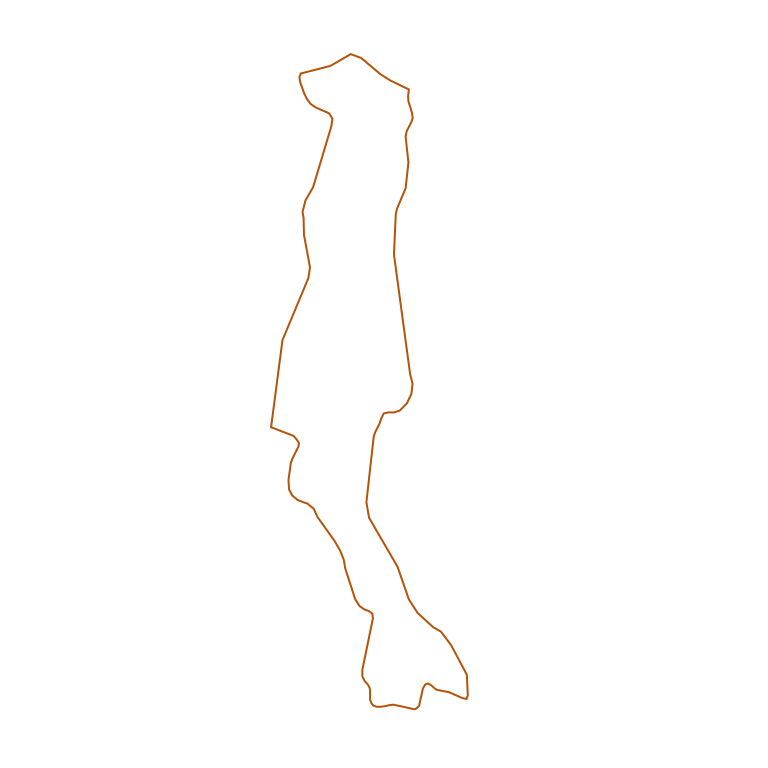 Tipaza, Equal Earth projection, rotated 100°
{"feature_id": "DZA-2198", "entity_name": "Tipaza", "entity_type": "Province", "adm_level": 1, "iso_a3": "DZA", "parent_name": "Algeria", "parent_adm1": "", "projection": "equal_earth", "projection_center": [2.473, 36.591], "detail": "fine", "context": "isolated", "style": "outline", "palette": "amber", "viewbox_px": 768, "rotation_deg": 100, "n_neighbors": 0, "source": "natural_earth", "source_scale": "10m", "svg_char_len": 1548}
<svg xmlns="http://www.w3.org/2000/svg" viewBox="0 0 768 768"><g transform="rotate(100 384 384)"><path d="M89.6,410.7L96.8,410.2L101.5,409.0L112.3,403.4L117.4,401.9L121.4,402.6L131.3,405.6L136.5,405.7L161.7,398.4L187.6,396.7L209.0,401.6L214.7,401.9L254.7,396.7L369.7,360.0L378.8,355.9L388.9,355.3L398.9,358.0L407.4,363.8L410.3,369.3L411.2,374.8L413.0,379.1L418.5,380.8L423.5,381.4L432.9,384.3L437.4,385.0L503.5,380.8L518.3,375.5L561.7,338.9L591.8,322.1L603.6,311.2L615.0,293.3L617.9,285.0L629.7,272.4L656.0,251.9L676.2,247.4L679.8,248.0L679.7,252.4L676.2,266.6L676.0,279.1L674.4,282.2L672.5,285.2L671.4,288.6L672.5,291.0L676.9,292.8L695.0,293.6L697.9,295.8L699.1,297.6L698.4,311.7L698.2,319.3L699.8,324.2L700.7,325.9L701.2,327.2L701.6,328.8L702.1,330.0L702.5,331.4L702.9,333.5L703.1,335.4L702.6,338.3L700.7,340.8L697.4,342.9L688.2,344.5L685.5,345.5L682.9,347.6L679.7,351.6L676.0,354.4L669.5,355.7L616.7,354.2L612.2,355.6L610.2,359.7L609.5,363.9L607.1,369.3L600.9,375.0L572.7,390.0L563.9,393.2L555.8,398.2L547.5,405.1L526.3,426.6L519.0,431.6L516.3,436.6L515.1,438.4L514.4,443.3L513.1,449.1L509.6,455.2L504.3,459.2L495.0,461.4L478.4,462.0L473.9,461.4L460.5,457.4L457.0,457.4L453.5,460.7L450.8,464.1L446.2,487.7L358.4,491.6L293.0,476.9L282.1,477.1L251.0,488.7L234.1,492.1L228.7,494.1L216.7,493.2L202.5,488.0L139.2,480.6L131.8,480.8L127.0,485.0L123.5,499.3L120.9,505.0L116.5,509.5L111.6,513.1L101.2,519.0L96.5,520.6L92.7,519.9L80.0,492.0L64.9,474.0L66.9,463.1L79.5,441.4L84.1,430.2L89.6,410.7Z" fill="none" stroke="#b45309" stroke-width="2"/></g></svg>